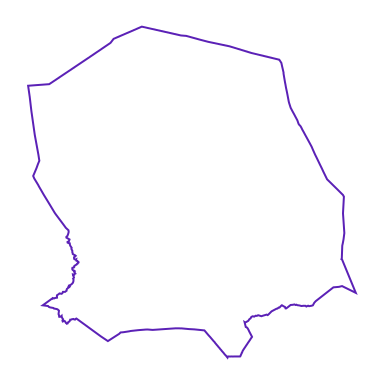 San Esteban Atatlahuca, Oaxaca, Mexico (Albers equal-area conic projection), rotated 269°
{"feature_id": "50627088B77951750237496", "entity_name": "San Esteban Atatlahuca", "entity_type": "district", "adm_level": 2, "iso_a3": "MEX", "parent_name": "Mexico", "parent_adm1": "Oaxaca", "projection": "albers", "projection_center": [-97.721, 17.074], "detail": "fine", "context": "isolated", "style": "outline", "palette": "violet", "viewbox_px": 384, "rotation_deg": 269, "n_neighbors": 0, "source": "geoboundaries", "source_scale": "gbopen_adm2", "svg_char_len": 4427}
<svg xmlns="http://www.w3.org/2000/svg" viewBox="0 0 384 384"><g transform="rotate(269 192 192)"><path d="M302.3,51.1L301.1,30.0L290.0,31.4L275.9,32.8L251.8,35.8L231.8,39.1L225.9,39.9L222.7,38.5L218.5,36.9L215.1,35.4L210.8,33.5L208.3,34.5L201.6,38.4L201.0,38.7L200.7,38.8L191.7,43.8L183.2,48.8L173.7,54.3L172.2,55.3L164.6,60.8L160.7,63.6L158.4,65.2L155.9,67.8L154.3,68.0L153.4,67.8L152.1,67.4L150.3,66.7L149.3,65.6L148.6,65.6L146.7,68.7L144.8,68.0L144.3,66.7L143.6,66.7L143.1,67.6L142.8,68.9L141.4,69.0L140.1,69.5L139.4,70.0L138.3,70.7L137.3,70.4L136.5,70.7L135.4,71.3L133.7,71.3L133.1,71.6L132.1,71.7L131.2,73.1L130.9,73.8L130.2,74.6L129.6,73.9L129.3,73.4L129.1,73.5L128.5,72.9L127.8,72.9L126.9,73.2L126.7,73.7L126.6,74.1L126.5,74.6L126.7,75.0L126.3,74.9L125.7,75.0L125.3,75.2L125.2,75.7L125.1,76.1L124.5,76.4L124.3,77.0L123.8,77.4L123.3,77.2L123.0,76.6L122.4,76.4L122.1,75.7L121.6,75.5L120.7,73.9L119.9,72.9L119.5,72.8L119.0,72.9L118.5,72.4L118.3,71.1L117.1,70.9L116.2,71.3L115.7,71.9L115.4,72.8L114.9,73.4L114.3,72.8L112.5,73.9L112.1,73.0L111.3,72.8L111.2,72.1L111.5,71.5L110.6,71.6L109.6,72.2L108.5,72.5L107.4,71.6L106.8,72.0L105.0,71.9L103.4,71.4L102.0,70.1L101.2,68.9L100.6,67.3L99.9,67.4L99.6,68.1L99.0,67.7L99.3,66.8L99.0,66.5L98.2,66.4L97.2,65.2L96.3,64.9L95.5,64.9L94.9,64.0L94.4,63.5L94.4,61.2L93.0,60.6L92.5,59.8L92.6,59.2L92.8,58.4L92.9,57.7L92.3,57.1L91.1,55.2L90.6,55.1L88.7,55.2L88.4,53.1L88.0,52.3L88.4,51.0L87.8,50.7L88.0,50.4L81.3,40.8L80.5,46.1L79.6,46.9L79.1,48.1L78.5,51.2L78.3,51.6L77.9,51.9L77.3,54.9L77.0,55.4L76.8,55.8L75.7,56.9L74.0,56.7L73.0,56.5L71.9,56.5L70.8,57.1L70.4,56.9L69.5,57.1L69.6,58.7L70.4,59.5L69.3,59.6L68.0,60.2L67.0,60.9L65.8,60.2L64.8,60.5L65.3,62.0L64.9,62.8L64.2,63.1L63.9,63.4L63.3,63.6L63.0,64.2L62.5,64.5L62.8,65.4L63.7,65.6L64.8,67.3L66.5,68.0L66.5,69.2L66.9,69.7L67.1,71.4L66.6,72.0L66.5,72.9L67.2,73.5L67.5,74.2L49.2,98.4L44.4,105.3L49.3,113.2L51.5,116.8L52.8,118.1L53.0,120.9L53.3,123.1L53.8,126.8L54.1,128.2L54.8,135.8L55.3,143.9L55.3,145.2L54.8,150.2L55.3,159.8L55.8,169.5L56.0,173.6L55.8,179.3L55.0,186.5L54.6,192.0L53.4,202.0L48.5,206.0L46.7,207.6L42.3,211.2L41.5,212.0L40.5,212.6L40.2,212.9L38.3,214.4L37.9,214.8L36.8,215.6L36.0,216.3L35.3,216.9L34.7,217.3L34.1,217.8L33.7,218.2L33.2,218.6L32.6,219.0L31.8,219.7L31.2,220.2L30.4,220.9L29.8,221.3L29.3,221.7L28.6,222.3L28.2,222.7L27.4,223.4L26.7,223.9L25.8,224.6L26.9,225.0L26.9,226.2L26.8,227.5L26.9,228.3L26.8,229.7L26.8,231.3L26.8,232.2L26.7,236.8L26.8,237.4L27.5,237.7L27.9,237.9L28.0,237.9L28.3,238.1L29.0,238.4L29.6,238.7L29.8,238.8L30.1,239.0L30.5,239.0L31.0,239.4L31.4,239.6L31.8,239.7L32.4,240.0L32.6,240.1L33.0,240.4L33.7,240.8L34.0,241.1L34.4,241.3L35.1,241.8L35.9,242.4L36.7,242.9L37.1,243.2L37.7,243.6L37.9,243.7L38.2,244.0L39.4,244.8L40.6,245.6L41.5,246.3L42.7,247.1L43.2,247.5L43.9,247.9L45.0,248.7L46.1,249.5L46.6,249.3L47.5,248.8L48.4,248.4L48.9,248.1L49.8,247.7L50.3,247.4L50.9,247.1L51.2,247.0L51.7,246.7L52.5,246.4L53.5,245.9L53.9,245.7L54.7,245.3L54.9,245.0L55.3,244.8L55.6,244.5L55.8,244.2L56.1,243.4L61.0,242.3L60.6,242.9L61.2,244.2L62.2,246.0L63.9,247.2L64.6,248.3L66.1,249.2L66.7,250.6L66.3,251.9L67.2,253.6L67.0,254.3L67.1,254.9L67.5,255.6L67.6,256.2L66.6,259.2L67.1,260.8L68.1,264.5L67.6,265.5L68.2,266.3L71.3,269.5L73.9,274.6L73.9,275.3L75.0,276.7L74.9,277.4L76.8,279.3L77.2,279.9L76.0,281.8L75.5,282.9L74.0,283.5L74.0,284.2L75.3,286.0L77.3,288.6L77.5,291.1L77.8,292.4L77.2,293.6L77.5,294.5L77.0,295.3L76.7,297.4L76.1,299.4L76.3,301.8L76.2,303.6L75.5,304.3L76.3,306.1L75.8,307.0L76.2,309.7L76.6,310.9L79.1,312.3L80.7,313.8L94.2,331.7L94.6,337.3L95.3,340.4L88.3,354.0L121.8,340.9L122.3,340.3L122.6,340.6L135.7,341.3L138.2,341.9L142.1,342.7L148.3,343.6L168.0,342.6L184.7,343.8L185.6,343.3L186.4,342.9L186.9,342.4L194.2,335.3L202.3,327.3L207.0,325.1L210.0,323.7L213.4,322.2L217.2,320.4L223.3,317.6L225.0,316.8L227.3,315.7L232.0,313.7L235.2,312.4L241.4,309.2L246.9,306.3L250.4,304.5L252.4,303.4L254.6,302.4L256.0,301.6L256.9,300.8L257.4,300.3L258.4,299.7L261.8,298.6L265.3,296.8L267.3,295.8L270.9,293.9L274.5,292.1L279.5,290.6L280.8,290.3L285.5,289.5L287.8,289.1L290.6,288.6L294.7,287.8L297.9,287.3L300.1,286.9L308.7,285.6L309.9,285.6L315.1,284.5L316.0,284.3L319.5,283.6L322.7,281.6L322.7,281.2L322.9,281.0L329.9,254.0L337.0,232.1L341.9,210.7L344.2,202.5L348.2,188.9L348.7,183.7L358.2,144.7L346.5,116.3L342.5,113.1L327.8,90.6L302.3,51.1Z" fill="none" stroke="#5b21b6" stroke-width="2"/></g></svg>